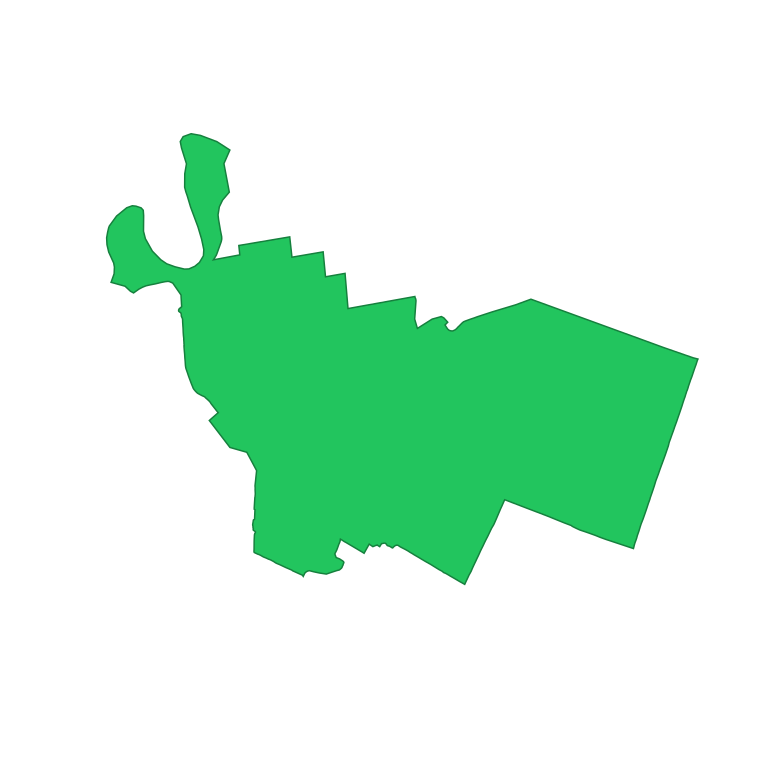 Piscu, Galati, Romania (Robinson projection), rotated 102°
{"feature_id": "2599482B99820264083382", "entity_name": "Piscu", "entity_type": "district", "adm_level": 2, "iso_a3": "ROU", "parent_name": "Romania", "parent_adm1": "Galati", "projection": "robinson", "projection_center": [27.723, 45.527], "detail": "fine", "context": "isolated", "style": "filled", "palette": "green", "viewbox_px": 768, "rotation_deg": 102, "n_neighbors": 0, "source": "geoboundaries", "source_scale": "gbopen_adm2", "svg_char_len": 6103}
<svg xmlns="http://www.w3.org/2000/svg" viewBox="0 0 768 768"><g transform="rotate(102 384 384)"><path d="M589.0,423.0L585.4,422.1L583.9,421.0L583.1,420.1L582.6,419.3L582.1,418.1L582.3,413.9L582.3,407.8L581.9,400.9L578.3,394.8L576.4,391.5L575.1,388.9L574.8,388.7L573.0,387.3L571.9,386.9L570.9,386.8L570.0,386.5L568.5,386.4L567.1,386.1L566.2,386.6L565.6,387.7L564.3,391.1L563.7,394.7L560.4,396.8L556.6,395.8L555.0,395.5L551.3,395.0L550.4,394.9L549.0,394.6L548.0,394.4L546.8,394.3L546.1,394.3L545.3,394.4L544.8,394.4L545.7,391.8L546.5,389.8L546.7,388.9L549.9,379.4L550.6,377.3L552.2,372.6L552.7,371.1L553.2,369.7L553.6,368.6L553.7,368.3L552.1,367.8L543.7,365.2L544.7,362.8L545.4,361.1L545.1,360.6L544.6,359.9L544.2,359.3L543.8,358.8L543.6,358.3L543.3,357.8L542.9,357.2L543.2,356.6L543.6,355.5L544.0,354.4L540.6,353.2L540.6,352.9L540.5,352.6L540.2,352.1L539.9,351.4L539.6,350.6L539.5,350.2L539.5,349.8L539.6,349.3L539.7,349.1L539.8,348.9L540.0,348.8L540.4,348.2L540.9,347.7L541.2,347.4L541.3,347.3L541.4,346.8L541.5,346.2L541.5,345.8L541.5,345.1L541.8,344.1L542.0,343.5L542.5,342.2L542.6,341.7L542.4,341.3L541.9,341.1L541.3,340.7L540.8,340.3L540.3,339.9L539.6,339.2L539.0,338.1L538.9,337.5L538.9,336.8L539.1,336.1L539.5,335.4L539.9,334.2L540.1,333.6L540.7,331.4L541.4,328.8L542.3,325.9L543.3,323.3L543.9,321.4L544.7,319.3L546.8,312.9L547.0,312.4L547.7,310.4L547.8,310.0L548.9,306.8L549.0,306.5L549.5,304.9L549.8,303.8L550.3,302.4L550.5,301.6L551.1,299.9L551.8,298.0L554.1,291.6L554.8,289.1L555.2,287.9L556.0,286.6L556.3,285.0L556.4,284.3L556.6,283.7L557.5,280.9L557.6,280.6L558.1,279.3L559.0,276.4L561.6,268.6L562.1,266.9L562.8,264.7L563.2,263.4L562.8,263.3L561.4,263.0L559.2,262.5L555.9,261.7L553.2,261.1L551.0,260.4L549.0,259.8L546.3,259.3L544.9,259.0L540.6,258.0L538.2,257.4L535.5,256.8L532.7,256.1L531.0,255.7L527.2,254.9L525.2,254.4L522.9,253.8L521.8,253.5L521.3,253.4L520.1,253.1L518.7,252.8L514.4,251.7L511.6,250.9L509.1,250.3L504.5,249.2L502.2,248.6L499.4,247.6L497.9,247.2L492.1,246.0L481.4,243.9L479.3,243.4L472.1,241.9L479.2,196.6L482.3,179.2L483.5,171.4L483.8,170.9L484.2,169.9L484.4,169.1L485.2,166.0L486.1,162.0L486.7,156.6L487.2,152.6L488.1,146.0L489.1,140.3L489.9,134.5L490.2,131.7L493.1,105.8L491.4,105.7L489.9,105.7L487.2,105.5L484.6,105.1L482.1,104.8L479.8,104.7L475.1,104.1L470.4,103.7L467.4,103.4L462.1,102.5L455.0,101.6L450.8,101.1L446.1,100.6L441.8,100.0L439.9,99.9L435.2,99.3L431.9,98.9L427.3,98.4L423.7,98.1L422.3,98.0L415.1,96.9L410.9,96.4L406.6,95.8L402.5,95.2L398.3,94.6L393.9,94.0L389.6,93.5L385.4,93.0L381.7,92.9L378.3,92.4L373.6,91.8L369.4,91.2L365.1,90.7L360.3,90.0L356.1,89.5L352.2,89.0L348.0,88.5L343.8,88.0L339.5,87.6L335.9,87.2L334.1,86.9L331.3,86.7L329.8,86.5L328.2,86.4L327.0,86.1L324.3,85.8L323.6,85.8L319.2,85.3L317.8,85.1L317.2,85.1L312.9,84.4L308.5,83.9L304.2,83.4L300.0,82.8L295.8,82.4L295.0,82.2L294.3,82.1L294.1,87.1L290.2,118.1L287.0,140.7L270.5,257.9L279.3,271.9L291.1,293.4L299.0,307.0L300.6,309.5L302.6,312.9L305.6,317.7L306.7,319.2L308.1,320.3L309.8,321.4L311.7,322.6L313.4,323.8L314.1,324.1L315.0,324.7L315.7,325.2L316.5,326.0L317.3,327.1L317.8,327.8L318.0,328.7L318.1,330.1L317.9,331.5L317.0,333.2L313.6,336.6L310.3,334.5L306.9,339.2L306.1,341.9L310.5,350.4L322.7,362.9L314.1,367.5L296.0,370.0L294.3,370.6L292.8,371.7L292.0,372.0L317.7,434.9L283.9,445.1L291.3,463.5L267.4,471.0L279.1,500.4L259.7,506.8L278.7,554.8L287.7,551.9L298.0,576.7L296.6,576.1L292.8,574.8L291.1,574.5L279.3,572.9L278.4,572.8L276.5,572.8L275.2,573.0L273.4,573.5L268.1,575.8L257.8,579.9L253.1,581.5L244.9,581.9L237.6,580.1L228.5,575.2L201.7,586.4L187.2,583.4L181.7,597.8L179.0,615.2L179.3,624.7L183.8,631.9L189.2,633.7L195.1,631.2L203.3,626.6L209.7,623.0L219.8,622.6L233.0,619.9L237.2,617.8L241.0,615.5L251.1,610.0L268.9,598.7L280.3,592.5L290.0,588.2L296.2,587.3L303.5,589.8L308.2,593.5L312.0,598.8L313.1,603.1L312.8,612.8L311.6,621.5L308.9,628.1L302.2,638.2L291.5,647.6L284.6,651.0L269.3,654.1L264.1,655.6L262.2,658.2L261.6,663.6L262.0,667.3L265.1,672.3L275.3,680.5L286.5,685.5L288.4,685.8L293.1,685.9L298.7,685.7L305.4,683.9L312.2,680.7L321.8,673.6L325.7,672.0L332.3,670.9L341.3,672.1L342.2,657.6L346.0,651.3L347.0,647.9L342.2,643.5L339.6,640.4L337.5,637.3L335.6,633.2L333.6,628.5L330.9,622.8L329.4,619.3L328.6,616.9L328.4,615.4L329.2,611.6L338.6,601.6L339.3,601.0L341.3,600.5L346.0,599.2L347.9,598.7L349.9,598.1L350.5,598.0L351.2,598.6L351.6,598.9L351.8,598.8L352.1,599.2L352.5,599.6L352.8,599.9L353.2,600.0L353.9,600.2L354.4,600.3L354.7,600.2L355.1,600.1L355.4,600.0L355.5,599.9L355.7,599.6L356.0,599.1L356.3,598.3L356.5,597.8L356.9,597.4L357.4,597.1L358.0,596.8L358.9,596.6L359.8,596.3L360.2,596.1L360.5,595.8L361.2,595.3L361.7,594.9L362.9,594.4L363.8,594.2L365.8,593.7L366.8,593.4L368.6,592.9L370.0,592.5L371.8,592.0L375.0,591.2L378.2,590.3L381.2,589.3L381.9,589.2L384.6,588.4L386.3,588.0L387.1,587.7L388.1,587.4L388.2,587.6L389.7,587.2L392.8,586.3L396.3,585.2L399.9,584.2L403.5,583.1L407.1,582.1L408.5,581.6L409.3,581.3L410.6,580.6L413.9,578.6L417.3,576.6L420.6,574.5L423.9,572.4L427.1,570.2L427.9,569.7L428.6,569.0L429.1,568.4L430.2,567.0L431.2,565.5L431.7,564.6L432.0,563.8L432.4,562.5L432.8,561.1L433.2,559.7L433.5,558.3L433.8,556.8L434.6,555.7L435.7,553.7L436.6,552.2L437.5,550.8L438.6,549.6L439.1,549.2L442.6,545.0L443.5,543.9L444.9,542.3L446.5,540.2L456.0,547.3L478.1,521.5L479.3,504.0L495.2,490.6L510.4,489.0L512.5,488.4L514.2,488.1L517.6,487.2L518.6,487.0L521.1,486.7L522.0,486.7L532.1,485.2L533.5,484.9L533.7,484.1L543.3,482.5L543.6,482.7L544.0,483.4L544.6,483.5L545.5,483.4L547.5,483.3L549.1,483.2L550.7,482.5L551.3,482.3L551.8,482.3L552.0,482.2L552.3,482.0L552.7,481.7L553.0,481.7L553.4,481.7L553.7,481.7L554.2,481.4L554.4,481.1L554.4,480.8L554.5,480.4L554.8,479.9L555.5,478.9L556.6,479.1L557.1,479.3L558.4,479.4L562.0,478.8L564.4,478.4L572.8,476.7L574.2,476.5L575.1,476.3L575.8,475.9L576.7,472.1L576.8,470.9L577.3,468.9L578.1,466.5L578.3,465.7L578.8,462.8L579.3,460.8L579.5,459.2L579.6,458.5L580.6,455.0L581.2,453.6L581.7,452.2L582.4,448.4L583.9,442.1L585.2,435.5L585.7,434.6L588.0,424.0L589.0,423.0Z" fill="#22c55e" stroke="#15803d" stroke-width="1.5"/></g></svg>